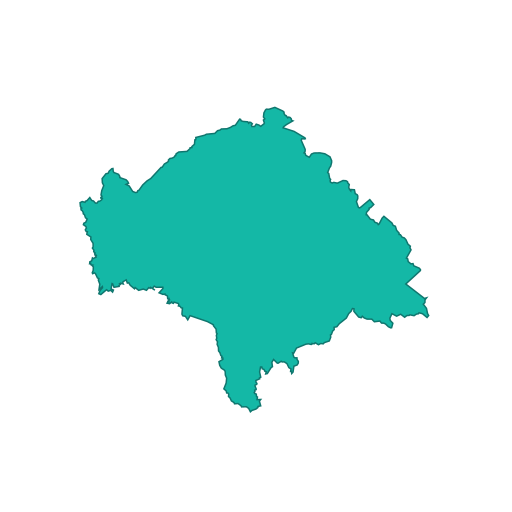 the district of Jalpa, Zacatecas, Mexico, rotated 208°
{"feature_id": "50627088B74284506358028", "entity_name": "Jalpa", "entity_type": "district", "adm_level": 2, "iso_a3": "MEX", "parent_name": "Mexico", "parent_adm1": "Zacatecas", "projection": "albers", "projection_center": [-103.014, 21.631], "detail": "fine", "context": "isolated", "style": "filled", "palette": "teal", "viewbox_px": 512, "rotation_deg": 208, "n_neighbors": 0, "source": "geoboundaries", "source_scale": "gbopen_adm2", "svg_char_len": 6153}
<svg xmlns="http://www.w3.org/2000/svg" viewBox="0 0 512 512"><g transform="rotate(208 256 256)"><path d="M434.2,217.2L432.5,216.6L433.0,216.0L432.1,214.6L430.6,214.4L428.6,213.0L428.4,212.2L426.8,211.9L424.5,209.7L422.4,209.4L422.2,205.8L423.4,204.1L423.1,202.6L420.1,202.2L418.8,201.0L419.1,199.3L418.5,198.5L417.3,197.9L416.3,198.3L415.6,195.7L410.7,195.3L409.7,193.0L405.8,190.7L404.1,187.6L404.2,186.2L401.8,185.0L401.3,183.6L399.4,183.1L399.5,182.2L398.2,181.0L397.7,181.7L397.2,181.5L397.5,180.7L396.6,180.0L398.5,177.4L399.5,177.5L398.8,174.6L400.0,172.9L399.3,171.1L398.5,171.9L397.7,170.8L395.9,171.3L396.2,170.6L394.6,170.1L393.0,166.9L392.7,164.3L391.9,163.7L390.7,165.3L389.4,165.0L385.7,162.2L384.2,162.3L383.9,160.7L380.7,157.8L378.9,152.7L377.3,156.9L376.6,155.9L377.5,152.3L377.1,148.9L374.9,149.1L372.1,156.1L370.0,155.6L368.1,157.5L365.7,156.8L365.9,159.0L368.5,158.9L370.2,164.1L369.6,164.2L366.7,161.7L362.6,164.9L363.1,165.5L362.3,167.7L363.3,167.7L362.9,168.4L360.1,169.0L361.1,169.8L361.3,170.9L359.4,174.0L356.9,171.7L355.8,172.6L353.3,171.1L347.9,170.0L347.9,171.4L343.5,170.6L340.0,173.9L336.6,174.3L335.8,177.8L334.3,177.8L334.3,178.8L329.2,178.4L332.3,178.8L331.7,181.6L329.5,181.5L323.6,184.7L322.9,183.6L324.3,178.0L320.2,178.4L318.4,179.7L318.0,179.1L315.5,179.2L313.9,176.8L312.3,176.8L312.4,177.2L311.7,176.7L312.5,174.9L311.7,174.7L312.4,174.4L312.4,172.6L309.9,173.3L308.9,175.9L308.0,175.2L306.7,175.4L306.7,176.8L302.2,177.6L301.2,176.6L301.1,175.5L299.4,175.9L297.7,175.1L296.5,175.5L294.1,169.9L292.6,168.8L290.0,169.6L286.3,167.6L286.2,172.4L268.0,175.3L261.4,175.3L260.9,174.5L256.9,172.7L254.9,169.5L253.9,169.2L253.7,167.2L252.1,165.1L251.9,163.4L249.8,162.3L248.8,159.7L246.3,157.7L244.5,154.6L242.5,153.7L240.3,151.6L239.0,151.5L238.5,149.8L237.4,150.3L236.7,149.2L239.1,145.3L236.7,142.4L234.0,140.7L230.4,140.4L229.0,139.6L227.2,136.5L224.6,134.4L222.7,129.8L222.0,123.6L219.0,122.9L217.6,121.3L216.5,121.8L215.3,121.3L214.3,119.0L212.3,118.5L209.7,116.5L206.6,116.3L205.6,115.4L202.6,117.3L199.0,116.8L197.9,116.0L193.7,118.4L190.9,118.0L187.8,115.8L187.1,117.7L184.2,120.8L183.2,123.1L183.6,124.1L181.5,125.9L184.9,129.5L184.5,131.5L187.7,129.7L188.5,132.2L189.6,132.2L190.9,134.2L192.6,134.0L193.5,134.6L193.3,135.8L194.2,136.9L193.2,138.0L193.3,138.6L195.9,140.8L196.2,141.6L195.1,143.0L195.4,144.0L196.6,144.4L197.7,146.0L195.1,149.3L195.7,150.0L194.9,151.2L198.4,155.3L199.9,160.1L198.7,160.7L197.6,159.3L195.7,159.6L194.1,158.4L192.6,158.7L192.1,156.4L190.8,157.5L190.3,164.4L189.5,166.0L192.1,169.6L191.9,172.9L187.0,171.4L186.2,171.7L184.3,174.9L183.2,174.7L181.4,175.8L178.1,175.5L174.6,172.9L172.1,172.7L171.3,170.4L170.7,170.8L169.3,169.0L168.8,170.9L170.8,176.5L168.5,179.1L168.4,181.3L169.2,182.9L171.2,183.9L172.0,185.3L174.0,184.3L175.2,184.6L178.2,187.6L177.1,187.8L177.0,193.8L170.5,201.6L168.4,203.1L165.7,203.8L165.2,204.5L165.5,205.1L163.4,205.8L163.0,207.2L159.2,207.0L157.8,209.1L155.4,210.0L155.0,211.6L151.4,215.4L151.9,219.4L153.2,221.3L152.6,222.3L153.1,225.6L152.4,227.7L153.6,229.7L151.4,231.5L150.7,235.3L147.1,243.6L147.1,248.7L146.1,251.8L146.2,254.9L144.7,255.4L143.6,253.1L136.7,250.3L134.1,250.9L133.9,252.7L131.4,252.1L128.4,252.4L124.1,254.6L120.6,253.5L116.1,256.7L113.7,255.7L111.6,256.7L109.7,256.8L105.9,255.7L103.3,255.8L102.6,256.3L103.6,260.9L107.2,262.1L108.6,263.9L108.9,268.9L103.6,268.9L100.9,272.5L96.0,271.7L94.8,274.3L92.9,275.4L92.6,276.3L88.4,277.5L87.1,280.0L85.4,281.3L85.4,282.4L81.9,283.2L76.1,282.0L75.6,284.5L77.5,285.7L80.9,289.8L85.7,292.0L85.0,294.2L86.2,296.7L85.8,299.1L87.3,297.6L110.6,301.6L104.0,320.3L104.4,321.2L106.1,321.9L112.1,321.4L113.8,323.0L115.5,321.8L119.0,322.5L120.7,324.7L122.2,324.7L122.0,334.2L123.9,335.5L124.3,337.1L127.4,337.8L131.3,340.8L133.6,341.6L135.8,341.2L138.5,342.6L139.8,342.2L140.4,343.4L143.9,344.7L146.9,347.7L149.2,347.4L151.5,349.0L161.7,351.1L162.4,348.7L162.3,342.1L162.8,341.1L164.1,342.0L166.9,341.6L169.2,343.0L172.3,342.2L177.4,344.5L178.1,344.2L178.9,346.5L178.0,350.2L178.6,351.4L177.5,352.5L176.2,356.8L182.0,359.2L186.5,348.1L187.2,347.0L188.4,347.0L192.9,351.2L193.1,354.4L194.3,356.8L195.4,357.6L197.7,357.7L200.2,360.7L203.4,359.3L202.9,358.0L205.0,358.9L206.4,360.2L207.2,362.9L209.4,363.7L210.1,364.6L211.9,364.7L214.6,363.5L218.4,358.5L221.9,357.5L223.0,356.2L225.0,356.2L225.9,357.2L226.1,358.7L227.4,359.1L230.5,363.0L231.9,363.3L232.5,368.4L232.2,370.3L233.1,374.0L233.9,375.6L237.2,378.3L243.2,378.6L247.9,377.1L253.1,374.2L254.9,372.1L255.3,368.2L259.3,368.2L260.9,369.8L262.0,369.6L261.8,371.6L262.7,373.3L270.4,379.4L270.6,381.0L267.8,382.3L267.5,382.7L268.2,383.3L280.9,383.9L292.2,381.9L292.3,383.1L290.7,386.5L286.9,392.6L288.2,392.4L289.3,393.7L290.9,394.3L292.4,394.0L292.8,392.9L295.3,394.1L296.0,393.8L298.1,394.9L298.8,396.2L300.4,396.6L309.1,396.1L313.5,391.6L315.8,390.5L316.2,389.3L316.2,386.1L314.7,382.2L312.6,381.2L313.3,379.5L311.1,377.4L311.0,376.5L312.7,372.7L314.9,373.0L317.7,372.5L318.0,369.7L320.4,368.4L321.5,369.4L321.3,371.0L323.4,371.5L324.6,371.0L324.8,369.8L326.3,370.6L330.5,368.8L332.5,368.4L333.8,369.4L334.7,369.2L335.6,361.7L337.4,360.2L338.9,357.6L341.4,354.7L346.2,351.9L346.9,350.3L348.8,348.6L349.9,344.9L357.0,340.2L358.0,338.6L364.8,332.4L364.2,331.6L363.9,330.3L364.5,329.9L362.8,325.7L364.0,322.6L363.5,321.6L365.0,320.6L364.7,319.8L366.0,316.0L373.0,311.6L374.5,308.8L374.1,307.0L374.6,306.7L374.6,305.2L375.9,303.1L377.8,301.7L378.4,299.6L377.8,298.7L378.1,297.5L380.1,294.2L380.5,290.3L381.4,289.7L385.3,275.0L387.5,271.1L389.4,265.5L390.2,259.2L391.0,258.2L390.8,256.7L391.4,256.0L392.2,255.4L395.2,255.1L400.8,258.3L404.4,258.2L402.7,260.4L404.4,261.6L406.5,262.3L413.1,261.3L413.5,262.2L415.7,263.6L420.7,263.0L421.8,263.7L423.4,266.1L424.3,265.4L425.5,262.0L425.4,259.6L427.1,258.2L428.2,252.1L426.0,248.5L423.5,246.7L422.9,241.4L421.5,237.1L420.1,236.5L419.8,235.8L420.5,234.9L420.2,234.3L418.7,234.6L418.7,233.0L419.8,230.9L420.9,230.3L421.2,228.1L422.6,227.3L425.3,228.3L427.2,227.9L430.2,229.6L431.2,225.5L432.3,224.3L432.2,223.1L435.0,222.5L436.4,220.5L434.2,217.2Z" fill="#14b8a6" stroke="#0f766e" stroke-width="1.5"/></g></svg>